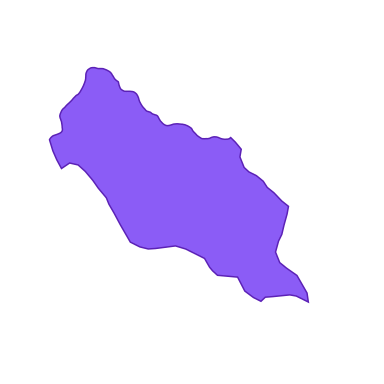 outline of Kyongwon, Hamgyŏng-bukto, North Korea, rotated 296°
{"feature_id": "82179303B19451054742324", "entity_name": "Kyongwon", "entity_type": "district", "adm_level": 2, "iso_a3": "PRK", "parent_name": "North Korea", "parent_adm1": "Hamgyŏng-bukto", "projection": "mercator", "projection_center": [130.212, 42.718], "detail": "fine", "context": "isolated", "style": "filled", "palette": "violet", "viewbox_px": 384, "rotation_deg": 296, "n_neighbors": 0, "source": "geoboundaries", "source_scale": "gbopen_adm2", "svg_char_len": 5884}
<svg xmlns="http://www.w3.org/2000/svg" viewBox="0 0 384 384"><g transform="rotate(296 192 192)"><path d="M144.1,344.8L151.6,339.7L163.0,322.9L165.0,310.3L167.0,301.8L174.6,293.4L185.8,291.3L193.3,291.3L202.6,289.2L213.9,287.1L221.4,285.0L223.3,276.5L227.2,266.0L229.1,257.6L232.9,251.3L234.9,242.8L235.0,234.4L236.9,228.1L244.5,219.7L252.0,217.5L255.8,209.1L257.9,202.9L257.3,202.6L256.8,202.4L256.4,202.2L256.0,201.9L255.8,201.7L255.3,201.0L254.9,200.6L254.7,200.2L254.6,199.8L254.1,199.0L253.8,198.5L253.6,198.0L253.5,197.6L253.3,197.2L253.2,196.7L253.0,196.2L252.9,195.8L252.9,195.4L252.7,194.8L252.6,193.2L252.5,191.7L252.5,191.2L252.3,190.7L252.3,190.2L252.2,189.8L252.0,189.4L251.8,188.9L251.7,188.5L251.5,188.1L251.2,187.6L251.0,187.2L250.7,186.8L250.4,186.5L250.1,186.1L249.3,185.3L248.9,185.0L248.5,184.7L247.6,183.9L247.4,183.5L247.1,183.1L246.8,182.7L246.3,181.6L245.9,181.0L245.8,180.6L245.6,180.3L245.1,179.5L245.0,179.1L244.7,178.4L244.5,178.1L244.4,177.7L244.3,177.3L244.3,177.1L244.4,176.1L244.5,175.3L244.5,174.8L244.6,174.3L244.7,173.8L244.7,173.6L244.8,173.2L244.8,172.9L244.9,172.4L245.0,172.0L245.1,171.7L245.2,171.3L245.4,170.9L245.6,170.6L245.7,170.2L245.8,169.8L246.0,169.4L246.2,169.0L246.3,168.6L246.4,168.1L246.6,167.6L246.8,167.3L246.9,167.0L247.2,166.2L247.4,165.9L247.6,165.5L247.8,165.2L248.2,164.8L248.4,164.5L248.7,164.0L248.9,163.7L249.0,163.4L249.1,162.8L249.2,162.3L249.3,161.6L249.4,161.0L249.4,160.3L249.5,159.8L249.5,159.2L249.5,158.1L249.4,157.7L249.4,156.7L249.3,156.1L249.2,155.6L249.0,155.0L248.8,154.0L248.5,153.2L248.3,152.9L248.2,152.5L248.0,152.0L247.8,151.3L247.4,150.4L247.2,149.7L246.9,149.0L246.6,148.4L246.3,147.9L245.1,145.9L244.8,145.5L244.1,144.8L243.7,144.4L243.0,143.7L242.7,143.3L242.4,143.0L242.0,142.5L241.7,142.2L241.5,141.8L241.3,141.5L241.0,141.1L240.8,140.6L240.5,139.7L240.4,139.4L240.4,139.0L240.4,138.4L240.4,138.0L240.4,137.5L240.5,137.0L240.6,136.4L240.9,135.3L241.1,134.9L241.2,134.4L241.5,133.9L241.7,133.2L241.9,132.7L242.4,131.8L242.8,131.3L243.0,130.9L243.3,130.5L243.5,130.1L243.8,129.8L244.1,129.4L244.3,129.1L244.6,128.7L244.9,128.3L245.1,127.9L245.3,127.5L245.4,126.6L245.4,126.1L245.4,125.7L245.2,125.2L245.1,124.6L245.1,124.1L245.0,123.3L244.9,122.9L244.9,122.3L244.9,121.6L245.0,121.4L245.1,121.0L245.2,120.6L245.4,120.0L245.4,119.6L245.4,119.1L245.2,118.3L245.2,117.8L245.1,117.4L245.0,116.9L244.9,116.4L244.9,116.0L245.0,115.2L245.1,114.7L245.3,114.4L245.5,113.9L245.8,113.3L246.1,112.6L246.3,112.0L246.5,111.4L246.8,110.8L247.0,110.3L247.6,109.2L248.0,108.6L248.3,108.1L248.6,107.6L249.0,107.1L249.2,106.8L249.5,106.4L249.8,106.0L250.1,105.5L250.4,105.2L250.7,104.9L251.1,104.5L251.5,104.1L252.3,103.3L252.8,103.0L253.2,102.6L253.5,102.2L254.1,101.6L254.3,101.3L254.9,100.6L255.1,100.2L255.6,99.4L255.8,99.1L256.0,98.3L256.1,97.9L256.2,97.5L256.3,97.1L256.4,96.6L256.4,96.1L256.4,95.7L256.3,94.9L256.2,94.5L256.0,94.0L255.4,92.3L255.1,91.6L254.8,91.0L254.5,90.4L254.2,89.7L253.9,89.2L253.6,88.6L253.4,88.1L253.1,87.5L253.0,87.2L252.9,86.6L252.9,86.1L252.9,85.5L252.9,85.0L253.1,83.9L253.2,83.4L253.3,82.9L253.5,82.5L253.8,82.1L254.2,81.6L254.8,80.9L255.5,80.2L256.0,79.7L256.4,79.3L258.2,77.9L258.7,77.5L258.8,77.1L258.9,76.4L259.0,75.8L259.1,75.2L259.2,74.7L259.4,74.1L259.6,73.6L259.8,72.8L260.1,72.4L260.4,71.9L261.1,70.9L261.5,70.4L261.8,69.7L262.1,69.2L262.9,68.1L263.4,67.1L263.7,66.5L263.9,65.7L264.1,64.9L264.1,64.4L264.2,63.0L264.2,61.8L264.2,61.1L264.1,60.5L264.1,59.9L264.0,59.3L263.9,58.1L263.7,57.6L263.4,56.8L263.1,56.3L262.9,55.8L262.7,55.3L262.5,55.0L262.3,54.6L262.1,54.2L261.9,53.8L261.8,53.4L261.7,53.1L261.6,52.7L261.5,52.2L261.4,51.4L261.3,51.0L261.2,50.4L261.1,50.0L261.0,49.7L260.8,49.4L260.6,48.9L260.4,48.5L260.2,48.2L260.1,47.9L259.6,47.2L259.3,46.8L259.0,46.5L258.1,45.9L257.7,45.7L257.0,45.2L256.7,45.1L256.4,44.9L256.0,44.8L255.6,44.7L255.0,44.6L254.7,44.6L254.0,44.6L253.7,44.6L252.8,44.7L252.4,44.7L251.7,44.9L250.8,45.2L250.4,45.4L250.0,45.6L249.5,45.8L249.1,46.0L248.7,46.1L247.6,46.6L247.1,46.8L246.4,47.0L246.0,47.1L245.5,47.3L244.9,47.3L244.2,47.4L243.7,47.5L242.6,47.6L241.6,47.7L241.0,47.7L240.4,47.8L239.6,47.8L239.0,47.8L238.3,47.8L237.3,47.8L236.9,47.8L235.8,47.7L235.3,47.7L234.1,47.6L233.6,47.6L233.2,47.5L232.6,47.5L231.6,47.3L231.2,47.2L230.8,47.1L230.4,47.0L230.0,46.9L229.6,46.7L229.0,46.3L228.7,46.0L228.3,45.8L228.0,45.6L227.2,45.3L226.4,45.1L226.0,44.9L225.6,44.8L224.7,44.5L224.2,44.3L223.6,44.2L223.4,44.1L223.0,44.1L222.0,43.8L221.5,43.6L221.0,43.5L220.1,43.2L218.8,42.7L217.9,42.4L217.4,42.2L216.8,41.9L216.3,41.8L215.8,41.5L215.3,41.4L214.5,41.1L214.1,41.0L213.8,40.9L213.4,40.8L213.0,40.7L212.1,40.5L211.4,40.2L210.8,39.8L210.4,39.7L210.0,39.6L209.5,39.5L209.2,39.4L208.7,39.3L207.8,39.2L207.2,39.2L205.7,39.3L205.2,39.3L204.8,39.3L204.3,39.4L203.9,39.5L203.6,39.5L203.2,39.6L202.9,39.7L202.5,39.8L202.1,40.0L201.9,40.2L201.5,40.4L201.1,40.8L200.7,41.1L200.4,41.4L200.0,41.9L199.5,42.3L199.1,42.7L198.6,43.2L198.3,43.6L197.8,44.0L197.4,44.3L196.9,44.6L196.5,44.9L195.7,45.5L195.3,45.7L194.9,46.0L194.5,46.3L193.7,46.7L193.0,47.1L192.7,47.3L192.3,47.6L191.8,47.9L191.4,48.1L191.1,48.3L190.8,48.4L190.1,48.5L189.8,48.5L189.3,48.5L189.0,48.4L188.6,48.3L188.3,48.2L187.9,48.1L187.6,47.8L187.1,47.6L186.7,47.3L186.3,46.9L185.9,46.6L185.5,46.2L184.7,45.5L184.3,45.1L183.9,44.7L183.6,44.4L183.3,44.1L182.3,43.1L181.9,42.7L181.5,42.4L181.2,42.2L180.7,42.0L180.3,41.8L179.7,41.6L179.3,41.4L178.4,41.2L177.3,41.0L176.5,41.0L168.0,48.9L161.7,56.3L155.9,64.4L164.4,69.3L166.4,77.8L163.7,87.1L159.0,97.7L154.3,106.2L149.2,117.6L144.6,122.7L138.9,131.2L131.3,141.7L119.9,158.6L119.8,169.2L121.6,177.6L125.2,183.9L136.3,200.8L138.0,211.3L137.8,232.4L132.1,240.8L130.2,245.0L128.3,251.4L135.5,270.3L126.1,282.9L124.1,293.5L124.0,301.9L129.6,304.0L133.3,310.3L142.4,325.0L144.2,331.3L144.1,344.8Z" fill="#8b5cf6" stroke="#5b21b6" stroke-width="1.5"/></g></svg>